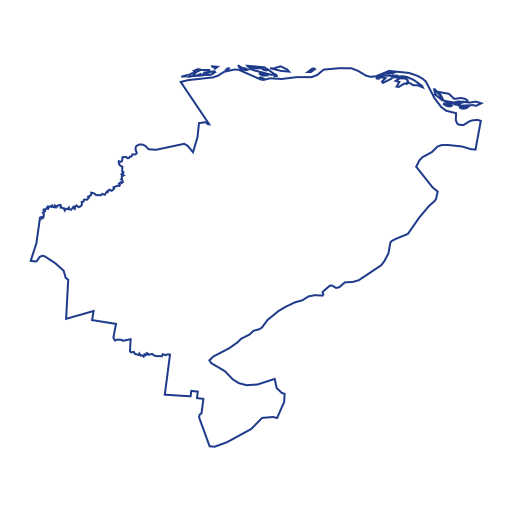 Itatí, Corrientes, Argentina (orthographic projection)
{"feature_id": "61730980B76052784863315", "entity_name": "Itatí", "entity_type": "district", "adm_level": 2, "iso_a3": "ARG", "parent_name": "Argentina", "parent_adm1": "Corrientes", "projection": "orthographic", "projection_center": [-58.126, -27.604], "detail": "fine", "context": "isolated", "style": "outline", "palette": "blue", "viewbox_px": 512, "rotation_deg": 0, "n_neighbors": 0, "source": "geoboundaries", "source_scale": "gbopen_adm2", "svg_char_len": 5876}
<svg xmlns="http://www.w3.org/2000/svg" viewBox="0 0 512 512"><path d="M193.0,152.2L187.6,145.8L184.2,143.8L156.0,149.8L148.5,149.2L145.6,146.1L143.0,144.7L139.8,144.4L136.6,145.8L135.6,147.4L135.6,149.8L136.8,152.9L135.7,154.3L132.3,154.5L131.4,156.5L129.8,156.8L128.8,158.1L127.5,158.2L126.0,156.9L122.7,157.1L121.9,161.2L120.3,161.9L118.8,161.2L118.8,163.6L120.1,165.6L122.3,166.7L122.2,171.6L123.4,172.1L123.5,172.8L121.6,174.3L123.7,175.4L121.8,176.3L121.9,178.4L121.2,179.2L122.1,179.4L122.8,182.1L121.7,183.0L120.8,182.2L119.0,183.6L119.9,184.8L119.5,185.9L117.8,185.7L113.5,187.3L114.1,188.7L111.7,190.8L109.5,189.7L109.3,190.4L107.8,190.8L107.6,192.1L106.8,191.8L104.7,194.8L102.2,193.9L101.0,195.2L96.3,195.1L93.8,193.2L91.2,192.7L91.3,194.4L90.3,195.7L88.1,196.6L88.8,197.7L87.0,199.7L84.6,199.5L83.9,199.8L83.5,201.6L81.7,201.9L82.0,204.6L80.5,206.4L78.7,207.2L76.4,205.4L75.3,206.7L74.2,206.7L75.0,208.0L74.7,208.9L73.1,207.3L71.0,209.8L69.2,209.3L68.8,207.6L67.6,209.1L65.3,209.2L64.8,210.5L64.2,209.5L64.6,208.5L60.6,207.5L61.1,206.7L60.6,205.0L58.2,205.3L57.1,206.6L55.1,205.6L55.5,207.4L53.5,207.1L52.1,205.4L51.4,205.8L51.7,206.8L48.9,206.6L48.1,208.8L47.4,208.6L47.3,207.3L45.3,209.8L43.8,209.4L43.4,210.1L44.8,211.4L42.8,212.8L43.8,213.9L43.7,216.3L42.8,218.1L41.7,216.9L40.6,217.4L40.6,218.8L39.9,218.4L36.4,243.3L30.7,260.8L35.8,261.5L37.0,260.9L39.5,257.1L42.0,255.8L44.5,256.2L55.4,263.3L63.6,270.7L65.7,277.8L68.2,279.8L66.1,318.8L93.6,311.0L92.1,320.1L116.0,323.9L113.4,337.5L114.9,340.5L117.2,339.6L121.6,339.8L122.9,340.8L130.6,339.2L130.0,351.3L131.1,352.4L133.8,351.9L134.9,353.9L138.9,355.0L139.4,353.6L140.7,355.6L142.2,355.3L143.5,356.5L143.6,355.6L144.8,355.5L144.7,354.4L146.0,354.8L146.5,353.5L147.1,354.1L147.6,353.5L148.8,354.8L152.1,353.9L154.5,355.7L157.0,356.1L162.0,356.2L162.8,354.2L165.4,355.2L167.1,354.4L170.0,354.6L164.8,394.7L190.6,396.3L191.3,390.9L197.8,391.6L197.0,398.1L203.4,398.9L201.5,413.3L199.6,414.7L199.1,417.4L209.6,446.3L214.8,446.7L227.0,442.2L251.2,429.0L262.1,417.9L272.9,417.0L277.1,418.0L284.2,401.8L284.6,393.8L281.9,393.0L276.7,388.1L274.7,378.9L257.5,384.5L246.6,385.2L238.9,383.2L232.7,379.3L224.9,371.2L211.3,363.2L209.4,360.3L213.2,356.6L229.4,348.1L237.7,342.2L241.2,338.7L249.4,334.6L253.5,330.8L259.5,329.1L261.8,327.7L267.6,319.9L278.5,311.0L285.8,306.7L295.3,302.2L302.2,300.4L308.5,296.4L314.8,295.2L322.6,295.6L323.3,294.3L322.6,292.2L323.5,291.1L329.7,285.8L332.0,285.5L335.8,287.8L337.4,287.8L339.7,286.9L344.8,282.4L353.1,281.9L358.8,280.2L381.3,265.2L384.3,261.2L388.4,253.5L390.4,242.6L391.7,241.0L395.7,238.9L407.9,233.9L419.3,217.5L428.8,206.2L434.8,200.9L436.1,198.7L437.7,191.6L432.6,187.4L416.2,166.7L419.4,160.4L422.3,157.3L432.0,152.0L437.4,146.6L441.4,145.1L447.9,145.0L462.1,146.5L471.0,149.2L475.5,149.6L480.8,120.9L477.6,119.9L472.2,120.4L469.1,121.5L463.4,125.1L458.7,124.7L457.1,123.4L455.8,120.1L456.1,113.2L446.3,110.8L441.3,107.1L434.5,98.2L425.9,81.6L422.8,78.8L417.4,75.8L408.8,72.9L389.0,70.9L375.9,76.3L370.3,76.8L366.0,75.6L358.1,70.9L351.4,68.3L339.7,68.2L323.7,69.6L317.2,75.0L311.6,77.1L297.1,77.1L281.3,79.0L270.2,78.3L263.6,79.9L260.8,79.5L238.5,69.7L234.1,69.6L224.1,71.8L218.2,75.6L212.9,77.4L188.4,80.1L180.7,81.9L209.2,124.3L207.8,124.2L205.8,122.2L199.0,123.1L197.5,137.3L193.0,152.2ZM403.0,76.2L407.4,77.1L414.0,80.1L422.1,86.0L422.8,87.4L417.9,85.3L413.2,85.2L409.8,83.1L407.8,83.0L408.0,81.5L407.4,79.7L405.5,78.2L398.4,77.7L399.5,76.5L403.0,76.2ZM404.6,83.4L398.9,86.9L396.6,86.6L399.3,82.0L395.7,80.9L399.9,78.3L405.3,78.5L407.2,79.7L407.6,81.4L406.6,84.0L404.6,83.4ZM379.0,77.3L379.8,76.2L382.2,75.6L389.8,75.7L392.6,76.2L393.0,76.9L391.4,78.7L382.9,82.9L382.0,81.6L385.5,78.1L379.9,76.9L379.8,78.0L378.8,78.7L375.9,78.4L379.0,77.3ZM384.2,73.5L383.4,74.1L383.6,73.6L385.7,72.4L390.1,71.5L394.2,72.5L391.7,73.4L384.2,73.5ZM394.0,75.5L396.3,75.7L395.9,76.4L397.3,75.6L398.1,76.2L397.4,77.4L396.0,77.5L394.0,75.5ZM448.9,93.8L438.2,91.9L441.2,95.8L443.6,100.7L453.6,102.5L458.3,101.5L468.0,102.1L467.1,100.1L465.0,98.8L460.8,98.0L454.3,98.9L448.9,93.8ZM475.9,101.6L469.8,102.6L464.6,102.0L460.9,102.8L459.7,104.2L459.2,104.5L457.2,103.7L455.8,104.6L453.9,104.2L461.3,105.7L472.9,105.1L476.1,105.8L481.3,103.3L475.9,101.6ZM248.2,66.5L250.3,68.9L253.9,70.3L271.2,74.8L273.0,74.5L273.7,73.6L267.6,69.3L267.3,70.2L266.7,70.4L265.2,70.3L263.8,69.9L261.0,68.1L257.4,68.4L251.9,67.8L248.2,66.5ZM209.2,70.0L200.5,70.0L195.9,72.3L193.7,76.0L195.4,76.1L201.2,73.7L199.3,75.7L202.3,75.4L204.4,72.5L207.2,72.3L209.5,71.0L209.2,70.0ZM287.2,69.5L280.5,66.3L273.5,68.5L270.0,68.2L281.0,70.9L289.1,71.6L287.2,69.5ZM247.4,65.8L247.5,66.4L252.1,67.0L252.2,67.7L260.9,68.0L264.3,69.9L266.7,70.3L267.2,69.6L264.5,67.3L247.4,65.8ZM442.6,100.5L439.9,95.5L435.0,89.4L434.2,89.3L434.6,92.0L435.8,94.2L435.0,94.5L442.6,100.5ZM215.0,72.1L214.5,71.3L210.8,71.8L206.4,73.5L205.1,75.0L210.3,74.9L213.5,73.4L213.0,72.2L215.0,72.1ZM453.8,102.8L444.0,101.5L455.6,104.3L456.8,103.7L457.7,103.5L459.3,104.4L460.7,102.9L458.9,101.8L453.8,102.8ZM195.1,72.1L190.9,73.8L188.9,76.7L192.7,76.2L195.1,72.1ZM245.3,68.4L242.0,67.9L238.0,65.3L239.8,67.9L242.1,68.7L240.2,69.1L246.1,70.2L247.7,69.7L245.3,68.4ZM310.9,72.0L315.0,69.1L314.5,68.7L312.4,68.5L307.8,72.0L310.9,72.0ZM449.9,104.5L443.1,103.9L447.2,106.1L450.7,106.4L451.7,105.7L449.9,104.5ZM460.7,107.2L459.3,106.1L460.3,108.1L463.0,108.7L466.6,108.1L467.9,107.0L460.7,107.2ZM265.3,74.0L259.0,73.5L262.8,75.6L266.9,75.4L265.3,74.0ZM196.5,70.7L198.8,69.8L199.3,69.4L197.9,69.1L193.9,70.8L195.8,72.1L198.7,70.4L196.5,70.7ZM217.5,66.8L211.2,66.2L214.0,67.4L215.1,68.7L217.5,66.8ZM274.5,76.2L276.7,76.0L276.3,74.8L274.0,73.9L274.5,76.2ZM181.3,76.7L186.2,76.3L187.2,75.1L181.3,76.7ZM263.7,78.7L260.4,77.3L259.5,77.9L262.2,79.2L263.7,78.7ZM228.9,68.4L227.6,68.4L226.6,69.3L228.5,69.3L228.9,68.4Z" fill="none" stroke="#1e3a8a" stroke-width="2"/></svg>